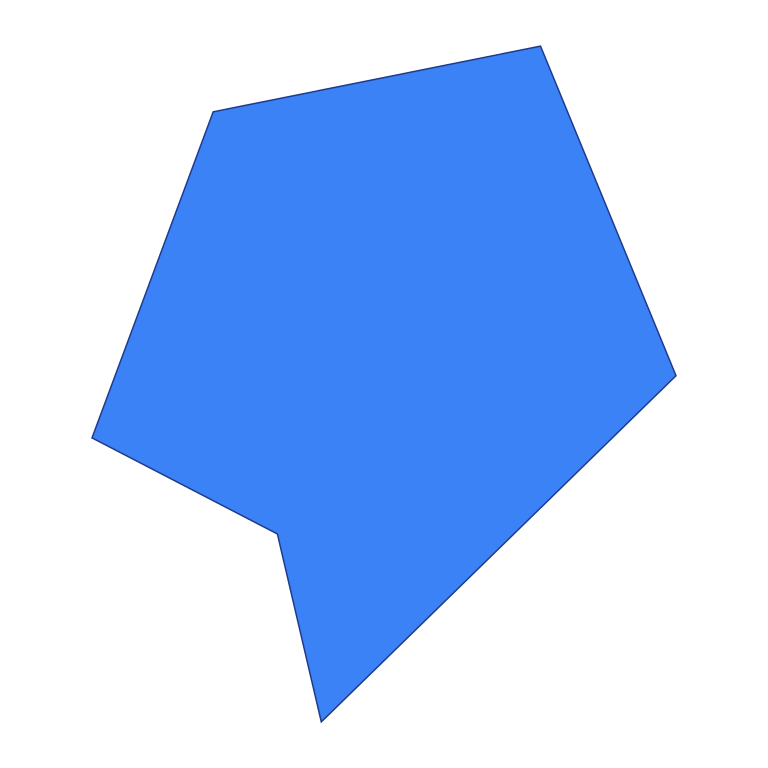 outline of Zarafshan city, Navoi, Uzbekistan
{"feature_id": "79887680B3674714767305", "entity_name": "Zarafshan city", "entity_type": "district", "adm_level": 2, "iso_a3": "UZB", "parent_name": "Uzbekistan", "parent_adm1": "Navoi", "projection": "mercator", "projection_center": [64.188, 41.505], "detail": "fine", "context": "isolated", "style": "filled", "palette": "blue", "viewbox_px": 768, "rotation_deg": 0, "n_neighbors": 0, "source": "geoboundaries", "source_scale": "gbopen_adm2", "svg_char_len": 214}
<svg xmlns="http://www.w3.org/2000/svg" viewBox="0 0 768 768"><path d="M676.0,375.7L540.5,46.1L213.2,111.8L92.0,437.9L277.4,534.0L321.3,721.9L676.0,375.7Z" fill="#3b82f6" stroke="#1e3a8a" stroke-width="1.5"/></svg>